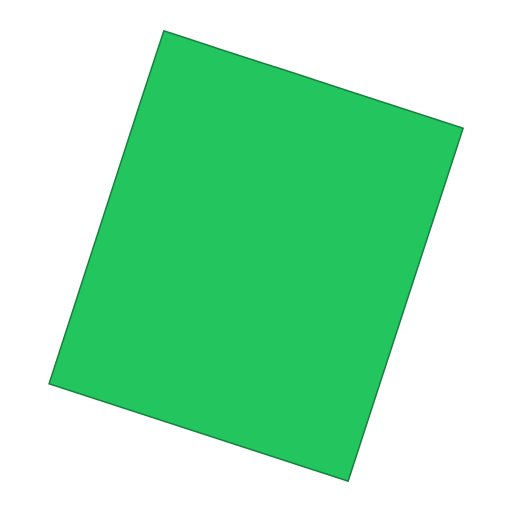 Nemaha, Kansas, United States of America, rotated 18°
{"feature_id": "52423323B42184125186885", "entity_name": "Nemaha", "entity_type": "district", "adm_level": 2, "iso_a3": "USA", "parent_name": "United States of America", "parent_adm1": "Kansas", "projection": "robinson", "projection_center": [-96.08, 39.783], "detail": "fine", "context": "isolated", "style": "filled", "palette": "green", "viewbox_px": 512, "rotation_deg": 18, "n_neighbors": 0, "source": "geoboundaries", "source_scale": "gbopen_adm2", "svg_char_len": 401}
<svg xmlns="http://www.w3.org/2000/svg" viewBox="0 0 512 512"><g transform="rotate(18 256 256)"><path d="M98.8,70.3L98.5,144.1L98.7,441.5L240.6,441.6L413.2,441.7L413.2,367.3L413.5,70.5L347.6,70.5L294.9,70.5L258.2,70.4L248.8,70.3L229.6,70.3L208.9,70.4L203.0,70.5L177.9,70.5L163.0,70.5L158.0,70.5L112.0,70.3L109.5,70.3L98.8,70.3L98.8,70.3Z" fill="#22c55e" stroke="#15803d" stroke-width="1.5"/></g></svg>